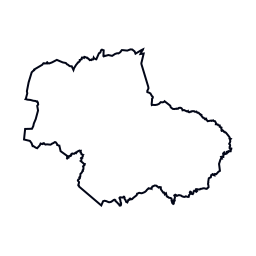 outline of Cotija, Michoacán, Mexico, rotated 276°
{"feature_id": "50627088B95001723612139", "entity_name": "Cotija", "entity_type": "district", "adm_level": 2, "iso_a3": "MEX", "parent_name": "Mexico", "parent_adm1": "Michoacán", "projection": "albers", "projection_center": [-102.699, 19.751], "detail": "fine", "context": "isolated", "style": "outline", "palette": "ink", "viewbox_px": 256, "rotation_deg": 276, "n_neighbors": 0, "source": "geoboundaries", "source_scale": "gbopen_adm2", "svg_char_len": 5734}
<svg xmlns="http://www.w3.org/2000/svg" viewBox="0 0 256 256"><g transform="rotate(276 128 128)"><path d="M115.6,232.5L116.8,232.4L117.3,232.8L118.4,232.9L118.5,232.5L118.1,231.5L118.4,231.2L119.9,231.0L120.6,231.4L121.3,231.4L122.0,231.2L122.8,230.3L124.3,230.9L125.4,231.1L127.1,230.7L127.9,231.3L128.2,230.0L129.1,230.1L129.7,229.7L133.6,225.9L133.7,225.0L134.3,224.6L134.2,223.9L135.3,222.9L134.9,221.5L135.3,221.2L136.2,221.5L137.0,220.8L138.2,220.9L138.8,219.1L140.1,219.0L140.2,217.4L140.9,216.9L140.9,215.0L141.9,215.1L143.8,213.9L144.0,212.3L144.5,211.9L143.8,210.4L144.1,210.0L143.1,206.5L144.1,205.6L144.5,204.8L145.5,204.7L145.5,204.3L144.9,203.5L146.1,202.2L146.1,201.4L148.1,199.5L148.6,199.7L149.3,198.5L149.1,198.2L149.3,197.9L150.6,196.6L150.4,195.4L151.5,194.4L151.1,193.2L151.2,192.6L151.6,192.0L151.4,189.8L150.8,189.1L150.8,188.3L150.2,187.8L150.1,187.0L150.5,186.2L151.1,185.9L150.8,185.6L150.6,185.1L150.9,184.8L150.9,184.1L151.7,181.9L151.3,180.4L152.1,180.1L153.1,179.3L153.4,178.8L153.6,177.8L153.3,176.5L152.4,175.8L152.3,175.4L152.5,174.7L152.1,174.3L152.1,173.4L151.7,172.1L151.7,170.5L152.8,168.7L153.6,168.0L154.6,167.7L158.4,161.6L158.0,161.4L157.5,160.7L157.1,159.5L157.1,157.8L155.4,156.5L154.3,154.7L153.7,152.6L153.6,150.0L153.3,149.3L154.3,149.0L158.4,149.0L159.4,148.8L160.7,149.5L161.7,149.3L162.2,148.5L164.7,146.7L165.3,145.3L165.7,143.5L166.9,143.3L168.8,144.0L169.7,144.2L171.2,143.8L192.6,134.8L193.8,134.5L203.7,135.8L202.9,132.7L206.0,133.8L207.3,134.6L207.8,134.7L206.6,132.8L202.7,127.7L204.8,126.6L206.5,124.0L206.4,122.1L204.9,119.2L204.9,113.9L205.4,114.0L202.6,112.4L201.2,110.8L201.2,109.4L200.3,107.4L198.1,104.7L198.5,100.8L196.9,96.8L197.4,96.8L197.3,96.0L202.7,95.7L203.2,93.9L202.5,93.1L200.4,92.6L199.9,92.3L199.3,91.3L193.0,89.3L193.0,88.9L193.6,87.4L194.0,86.8L194.4,86.5L192.6,86.2L192.4,85.4L191.9,84.7L192.2,84.5L191.8,84.0L191.5,82.8L192.2,82.4L192.4,81.7L193.2,80.8L193.2,80.2L193.7,79.9L193.7,79.1L194.2,77.5L194.2,77.2L193.1,76.9L193.4,76.1L193.2,74.8L191.7,74.7L191.7,74.3L190.7,73.6L190.6,72.9L189.2,72.9L187.8,71.5L187.8,71.2L187.0,70.9L185.4,69.8L181.8,68.1L180.0,67.7L183.5,65.6L183.4,63.9L183.8,62.9L184.6,61.8L185.0,60.6L186.0,59.6L186.2,58.9L186.4,56.3L188.3,50.1L185.2,45.4L183.9,42.7L184.2,41.7L184.0,41.4L184.9,40.8L184.8,40.6L183.7,40.5L183.7,39.4L183.4,38.5L183.7,37.7L183.5,37.1L181.9,36.1L176.3,28.5L175.7,28.7L174.8,27.6L173.3,26.4L163.0,24.4L154.0,23.6L152.0,24.2L146.9,23.4L146.0,23.1L146.0,24.2L145.7,24.6L145.7,28.1L145.2,31.0L145.2,33.5L144.6,34.3L144.9,35.0L143.7,35.8L141.9,36.2L140.6,35.4L136.0,36.7L127.2,35.3L122.7,33.9L120.0,33.6L117.2,32.6L116.3,25.8L105.7,25.8L104.9,31.8L102.8,33.7L100.1,35.0L100.3,35.4L98.8,38.3L98.4,39.8L101.6,42.1L103.4,42.7L103.0,44.4L103.2,45.0L104.0,45.3L104.1,46.0L103.3,46.8L102.9,47.6L103.3,49.2L103.3,52.5L103.8,53.4L104.5,54.1L105.3,55.5L106.3,56.6L106.3,57.5L106.0,57.9L104.5,59.2L103.7,59.4L103.7,60.0L103.1,61.2L103.2,61.6L97.9,63.4L93.9,70.4L92.9,70.4L92.2,70.8L91.5,70.5L91.3,70.7L92.2,71.6L92.4,72.1L93.8,72.1L94.5,73.5L94.2,73.8L94.5,74.2L95.2,74.2L95.1,74.4L95.6,74.6L96.6,74.9L96.8,75.2L96.7,77.1L98.0,78.4L97.6,79.0L99.2,80.0L100.5,82.1L100.3,82.8L100.4,83.4L98.8,83.3L98.7,83.8L97.0,84.5L97.0,85.0L96.6,86.0L96.4,85.8L95.1,86.0L93.8,85.4L93.5,85.5L93.3,84.5L93.1,84.4L92.7,84.9L91.4,85.0L90.8,84.8L90.3,85.0L90.1,84.6L88.2,87.4L87.7,87.8L87.6,88.8L86.3,88.5L85.2,87.3L83.8,87.9L82.2,87.9L81.3,87.3L80.6,87.7L80.1,87.3L80.2,87.2L78.7,86.6L77.4,85.5L74.7,85.6L73.9,84.8L73.3,85.4L72.8,85.3L72.0,84.6L71.6,84.0L70.7,83.6L70.1,83.9L69.2,84.9L68.4,85.0L65.9,84.5L65.6,84.7L65.6,85.2L64.6,85.5L48.2,109.5L52.6,110.9L53.2,112.3L53.0,114.0L52.2,116.6L52.3,117.6L52.9,119.1L55.0,121.4L55.3,122.3L54.8,123.1L54.0,123.2L53.1,124.6L51.5,126.4L51.3,127.1L50.1,127.6L49.9,128.1L50.3,128.9L51.6,129.1L52.8,128.9L53.7,128.3L55.5,127.9L57.5,126.8L58.3,127.4L58.2,129.5L58.4,130.3L59.2,130.8L59.2,131.2L58.7,131.1L58.3,131.9L57.2,132.0L56.4,132.6L56.0,133.2L54.9,133.6L54.4,133.8L53.9,135.1L55.8,135.7L56.4,135.8L56.7,136.8L57.7,137.0L57.4,137.9L57.8,138.1L57.4,138.6L57.7,139.5L59.1,140.6L62.0,143.6L63.6,143.9L63.8,144.6L64.3,145.1L64.7,145.9L64.5,148.1L64.8,149.1L66.0,151.3L67.3,152.6L68.5,153.3L69.5,154.2L69.7,154.7L70.2,154.8L70.0,156.9L70.4,157.1L70.5,157.5L70.3,157.8L71.1,157.8L72.5,158.5L72.6,159.0L73.6,160.5L73.6,162.3L73.3,162.8L73.0,162.9L72.6,163.9L71.9,164.7L72.0,165.1L72.6,165.6L72.5,166.8L70.5,167.1L67.4,169.8L67.7,170.5L67.5,170.8L65.9,171.5L67.0,172.6L64.3,173.6L64.1,174.0L63.8,174.1L63.6,174.5L63.7,174.9L63.0,175.7L62.8,177.8L62.4,178.6L61.3,178.9L60.6,178.8L58.0,179.9L57.2,180.9L57.6,181.4L58.5,181.4L59.5,180.9L60.6,180.8L60.8,181.4L60.5,181.9L61.1,182.1L61.8,181.5L63.6,182.0L65.1,181.6L65.8,181.1L66.6,182.0L66.2,183.1L65.6,183.7L66.6,185.6L66.4,187.7L65.8,188.7L65.4,190.2L65.4,191.7L66.1,192.6L65.7,194.9L65.9,195.6L67.6,195.7L69.2,196.9L70.5,196.2L71.2,196.6L71.0,197.2L69.1,198.4L69.0,199.3L70.1,199.8L71.8,199.9L72.6,200.4L72.6,201.0L71.7,202.6L72.4,203.2L73.5,202.1L74.2,202.0L74.4,202.7L74.2,204.9L74.5,206.0L75.0,206.3L75.2,207.5L75.9,209.1L76.0,210.5L75.7,211.8L75.7,212.6L76.0,213.0L76.5,213.2L76.6,213.5L77.6,214.3L79.6,213.9L80.7,213.4L82.3,213.6L82.6,213.4L86.4,213.6L86.7,213.9L87.6,215.5L89.8,215.7L89.9,216.1L91.0,216.9L90.9,217.4L90.1,218.0L89.9,219.0L91.0,218.8L91.4,219.2L91.3,220.6L93.9,222.5L95.0,223.9L101.8,222.3L106.2,223.2L107.3,223.7L107.4,224.5L109.0,223.6L109.3,224.4L109.2,225.8L110.6,225.7L111.1,225.9L111.9,225.4L112.5,225.3L112.9,226.0L113.3,225.8L113.8,226.2L112.3,227.4L112.8,228.7L113.0,228.9L114.6,228.7L114.8,229.2L114.2,229.9L114.4,230.2L115.5,230.4L115.6,230.7L115.4,231.6L115.6,232.5Z" fill="none" stroke="#020617" stroke-width="2"/></g></svg>